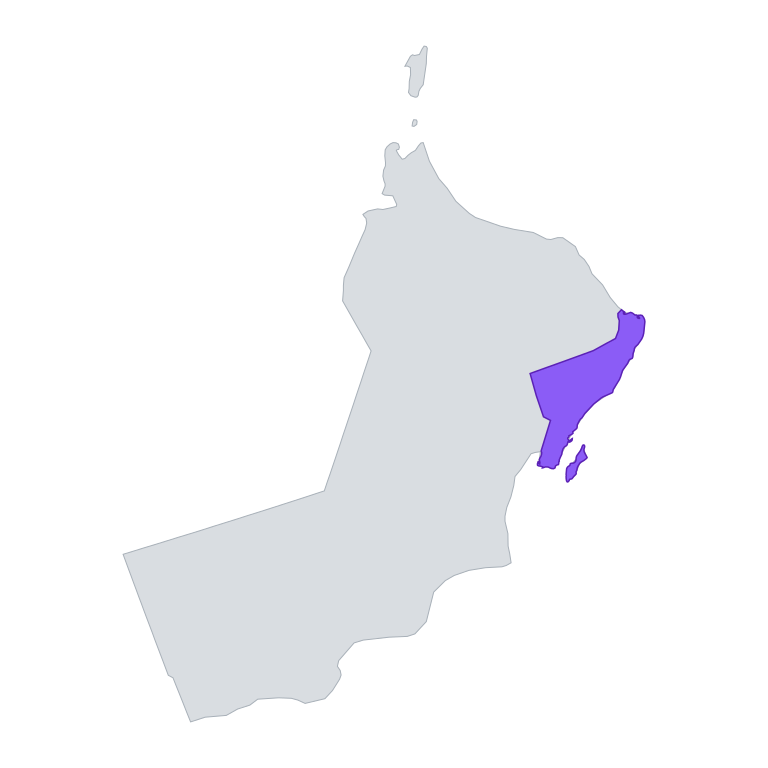 location of Ash Sharqiyah South within Oman
{"feature_id": "OMN-2406", "entity_name": "Ash Sharqiyah South", "entity_type": "Region", "adm_level": 1, "iso_a3": "OMN", "parent_name": "Oman", "parent_adm1": "", "projection": "albers", "projection_center": [58.929, 21.395], "detail": "fine", "context": "in_parent", "style": "filled", "palette": "violet", "viewbox_px": 768, "rotation_deg": 0, "n_neighbors": 0, "source": "natural_earth", "source_scale": "10m", "svg_char_len": 5753}
<svg xmlns="http://www.w3.org/2000/svg" viewBox="0 0 768 768"><path d="M190.6,721.9L186.8,712.5L183.1,703.1L179.4,693.8L175.6,684.4L173.0,677.8L168.3,675.3L165.7,668.4L163.0,661.2L160.3,654.1L157.6,647.0L154.9,639.9L152.3,632.7L149.6,625.6L146.9,618.5L144.2,611.3L141.6,604.2L138.9,597.1L136.3,590.0L133.6,582.8L131.0,575.7L128.3,568.5L125.7,561.4L123.1,554.3L132.6,551.4L144.2,547.8L155.8,544.3L167.4,540.7L178.9,537.1L190.5,533.6L202.1,530.0L213.6,526.3L225.2,522.7L236.7,519.1L248.2,515.4L259.7,511.8L271.3,508.1L282.8,504.4L294.3,500.7L305.7,497.0L317.2,493.2L324.3,490.9L327.4,481.6L330.1,473.9L332.7,466.2L335.3,458.5L337.9,450.7L340.5,443.0L343.0,435.3L345.6,427.6L348.2,419.8L350.8,412.1L353.4,404.4L355.9,396.7L358.5,388.9L361.1,381.2L363.6,373.5L366.2,365.7L368.8,358.0L371.1,350.9L367.1,344.0L361.8,334.6L356.2,324.9L351.0,315.7L347.2,309.0L342.6,300.9L343.4,290.7L343.4,285.5L344.1,277.7L348.9,266.9L354.6,253.1L358.7,244.0L362.2,236.0L365.1,229.7L366.7,223.1L366.0,218.4L364.3,216.6L362.9,214.4L368.0,211.0L377.6,208.9L382.9,209.5L390.4,207.9L396.2,206.5L396.7,204.4L395.1,200.9L392.8,195.8L384.6,195.1L382.1,193.6L385.1,186.2L385.1,183.8L384.0,181.0L382.9,176.2L383.6,170.1L385.4,166.0L385.5,162.7L384.8,155.8L385.2,149.8L387.0,146.8L390.1,144.0L393.0,142.6L396.0,142.8L398.4,144.0L399.4,147.2L398.7,149.4L397.0,149.7L396.3,150.6L398.7,154.9L402.2,159.2L404.9,158.5L408.0,155.3L411.3,152.7L415.4,150.4L418.4,145.9L420.9,143.0L423.2,142.6L429.4,161.2L438.8,178.6L447.2,188.3L455.9,201.3L469.3,213.4L475.5,217.5L500.6,226.2L514.3,229.4L533.3,232.5L546.5,239.1L550.9,239.5L557.8,237.6L562.8,237.7L575.4,246.6L579.1,255.0L584.3,259.5L589.0,266.5L592.0,273.8L602.6,284.9L610.2,297.5L617.9,306.8L624.8,312.5L635.2,314.8L643.5,317.3L644.5,323.6L643.7,331.7L642.1,337.7L634.4,349.4L632.6,356.6L623.9,368.5L614.4,388.5L610.0,393.0L594.6,403.3L583.3,415.7L569.8,437.2L559.4,458.5L555.5,465.3L547.2,466.7L541.7,466.0L538.0,464.0L539.5,458.2L540.4,451.7L535.4,452.4L531.1,453.7L520.7,469.6L515.0,476.5L513.8,485.4L510.9,496.9L506.8,507.4L505.0,516.2L505.0,521.3L507.9,533.6L508.1,546.1L509.7,553.7L511.1,562.8L506.2,565.5L502.0,566.8L485.5,567.7L468.8,570.4L454.1,575.5L445.3,580.6L433.7,592.1L426.3,621.6L414.9,633.9L407.3,636.4L389.0,637.2L363.2,640.1L354.1,642.9L338.7,660.6L337.4,666.3L340.2,670.5L341.1,675.0L339.6,679.2L332.5,690.5L324.9,698.7L305.1,703.4L297.9,700.1L291.4,698.3L278.6,697.8L257.7,699.2L249.9,705.1L237.7,709.0L226.3,715.4L205.1,717.2L190.6,721.9ZM418.2,95.4L416.9,97.0L415.1,97.2L410.9,95.7L408.5,92.5L409.1,88.6L409.3,81.4L410.6,74.7L410.4,67.5L407.2,66.0L404.9,66.3L410.4,56.3L412.5,54.8L414.5,55.5L419.4,54.5L422.1,49.0L424.1,46.1L426.3,46.5L427.3,48.2L426.5,56.5L426.3,63.5L423.2,84.7L420.3,88.4L418.9,91.3L418.2,95.4ZM571.8,478.5L567.6,479.6L566.4,479.1L566.5,470.2L576.1,459.0L582.5,446.1L586.9,457.6L579.3,464.1L575.1,475.2L571.8,478.5ZM416.7,124.5L414.0,126.4L412.1,126.0L412.6,122.3L413.7,119.7L416.5,120.0L417.1,121.5L416.7,124.5Z" fill="#d9dde1" stroke="#a8b0b8" stroke-width="1"/><path d="M621.5,309.7L623.0,311.0L624.4,311.9L624.8,312.2L624.9,313.0L624.5,313.1L623.9,313.0L623.5,312.8L623.5,313.7L624.0,314.2L624.8,314.3L625.8,314.2L630.7,312.4L632.5,313.1L635.1,315.1L635.5,315.1L636.5,315.0L636.9,315.1L637.1,315.4L637.2,316.2L637.4,316.5L637.3,317.1L637.3,317.5L637.8,318.0L638.1,318.2L638.5,318.3L639.0,318.4L639.4,318.4L639.6,318.1L639.2,317.3L638.2,316.3L638.5,315.3L639.2,315.3L640.5,315.1L642.2,315.5L643.6,317.4L644.6,319.7L644.9,321.8L643.7,333.3L642.9,336.4L641.6,339.2L637.9,344.5L636.0,346.2L634.9,347.4L634.4,348.6L634.2,350.2L633.1,353.6L632.8,357.0L632.2,358.4L629.6,359.5L628.8,360.7L627.7,363.3L622.6,370.4L620.6,376.7L619.4,379.6L613.3,389.4L612.8,391.7L612.6,392.3L612.1,392.8L602.9,396.9L601.0,398.1L593.6,404.1L584.8,413.5L582.1,417.7L581.4,418.4L580.5,419.0L579.5,420.5L577.5,424.3L577.3,424.9L577.1,427.4L576.9,428.1L576.5,428.7L572.7,431.8L573.0,433.3L571.8,434.3L569.1,435.7L569.2,435.8L568.7,437.1L568.1,437.6L567.8,437.9L567.7,438.3L567.8,439.0L568.3,439.6L568.8,440.2L569.5,440.5L570.5,440.1L571.6,439.0L572.3,438.6L572.2,440.0L571.6,440.9L570.4,441.8L569.2,442.2L568.6,441.4L568.2,441.4L567.8,442.4L567.3,444.3L566.8,445.3L566.3,445.8L564.8,446.6L564.1,447.3L563.2,448.6L562.5,450.4L562.0,452.4L561.8,454.2L560.2,457.6L559.2,460.1L559.3,461.2L558.9,461.7L558.6,464.1L558.4,464.6L557.8,464.7L557.0,465.0L556.1,465.5L555.5,466.0L555.0,467.9L553.6,468.7L551.7,468.6L550.0,468.0L548.8,467.3L547.9,467.0L545.7,466.9L544.9,467.1L543.3,467.7L542.4,467.9L542.6,467.3L543.0,467.0L542.6,466.8L540.3,466.1L539.0,466.0L537.6,465.4L537.4,464.0L538.3,461.1L538.3,462.0L538.5,462.8L539.0,463.5L539.7,464.0L539.9,462.6L539.3,459.5L539.9,458.0L540.8,456.6L541.5,454.6L541.7,452.5L541.1,451.0L550.5,420.4L543.5,416.8L536.3,395.6L530.1,373.5L547.0,367.4L563.5,361.5L578.9,355.9L593.4,350.6L607.5,342.8L615.5,338.5L618.7,330.1L619.3,320.6L618.0,317.0L617.9,313.5L621.5,309.7ZM583.9,449.9L584.1,451.4L584.5,452.6L586.5,456.3L587.1,457.4L586.8,458.1L586.2,458.7L583.7,460.6L581.0,462.1L579.8,463.2L578.3,465.6L577.5,467.2L576.7,470.6L576.1,471.8L576.1,472.6L576.2,473.3L576.2,473.8L575.9,474.3L573.7,476.5L572.5,478.1L571.9,478.8L571.3,479.0L570.5,479.1L569.7,479.3L569.4,479.8L569.2,480.5L568.6,481.3L567.9,481.9L567.2,481.9L566.8,481.3L566.5,480.8L566.2,478.6L566.1,476.4L566.3,475.2L566.1,474.4L566.6,468.9L566.9,468.0L567.6,467.0L568.0,466.6L569.2,465.8L569.7,465.6L569.8,465.4L570.2,464.0L570.4,463.6L571.5,463.2L572.6,463.2L573.7,463.0L574.9,462.2L575.4,461.4L575.7,461.1L575.9,460.2L576.0,460.1L576.2,457.4L576.6,456.1L577.3,455.0L580.4,450.8L581.6,448.3L582.4,445.9L583.0,445.1L583.9,444.9L584.7,446.0L584.6,447.2L584.2,448.5L583.9,449.9Z" fill="#8b5cf6" stroke="#5b21b6" stroke-width="1.5"/></svg>